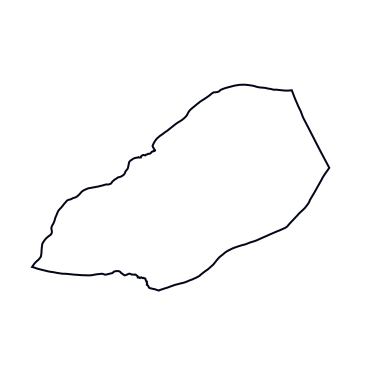 the district of Sangkum Thmei, Preah Vihéar, Cambodia, rotated 24°
{"feature_id": "14789045B6075848816012", "entity_name": "Sangkum Thmei", "entity_type": "district", "adm_level": 2, "iso_a3": "KHM", "parent_name": "Cambodia", "parent_adm1": "Preah Vihéar", "projection": "mercator", "projection_center": [104.719, 13.488], "detail": "fine", "context": "isolated", "style": "outline", "palette": "ink", "viewbox_px": 384, "rotation_deg": 24, "n_neighbors": 0, "source": "geoboundaries", "source_scale": "gbopen_adm2", "svg_char_len": 6014}
<svg xmlns="http://www.w3.org/2000/svg" viewBox="0 0 384 384"><g transform="rotate(24 192 192)"><path d="M201.8,295.5L202.4,294.7L204.2,293.1L206.4,291.1L208.4,289.4L210.2,287.6L214.4,283.6L216.4,282.1L218.7,280.2L220.5,278.9L222.2,277.5L223.3,276.3L224.4,275.3L225.4,274.1L227.6,272.0L228.9,270.5L230.4,268.9L231.5,267.5L232.9,265.7L233.5,264.2L234.6,262.1L235.6,260.2L237.0,257.8L238.2,255.8L239.2,253.5L240.1,251.5L241.0,249.6L242.2,244.8L242.8,242.7L243.6,240.3L245.7,236.3L246.7,234.1L248.0,232.0L249.3,230.3L252.3,226.7L254.5,224.6L256.2,223.0L257.8,221.6L259.6,220.0L261.6,218.5L263.0,217.2L264.3,215.8L266.7,213.5L268.4,212.1L270.4,210.2L272.4,208.0L275.9,204.1L278.3,201.5L280.3,199.2L282.0,197.4L283.9,195.3L285.5,193.6L286.2,192.8L286.9,192.2L288.9,190.0L291.6,187.0L292.3,185.9L292.9,185.0L293.2,184.2L293.5,183.1L294.0,181.4L294.6,179.6L295.3,177.6L296.2,175.0L297.8,170.5L298.4,168.5L299.3,166.2L300.1,164.5L300.8,162.8L301.7,160.5L302.1,158.8L302.6,156.8L303.0,154.7L303.1,153.1L303.0,151.2L303.3,148.6L303.7,145.5L304.0,142.7L304.3,139.8L304.5,137.2L304.8,134.3L305.0,132.1L305.4,127.8L305.5,125.4L305.9,122.8L306.3,120.4L307.2,116.2L307.6,114.1L292.5,102.3L267.5,82.2L263.3,78.9L260.8,76.4L258.8,74.3L257.0,72.8L254.4,70.6L251.6,68.0L248.4,65.1L246.2,62.9L241.8,58.5L241.2,58.8L239.1,60.0L236.3,61.3L233.4,62.3L227.5,64.2L226.2,64.8L224.7,65.4L222.3,65.8L220.1,66.4L216.3,67.2L214.5,67.8L213.1,68.3L211.7,68.8L209.8,69.3L207.8,69.7L205.7,69.9L203.5,70.4L201.3,71.0L197.7,72.1L196.2,72.7L192.1,74.6L190.1,75.9L187.9,77.3L185.5,79.2L180.4,83.3L178.3,85.3L176.7,87.0L176.2,88.0L175.7,89.2L174.8,90.1L173.8,90.8L173.0,91.3L172.1,91.7L171.3,92.2L170.7,92.9L169.9,94.2L169.2,95.6L168.3,97.4L166.3,100.7L165.4,102.1L164.1,104.0L162.7,106.2L162.1,107.4L161.0,109.4L159.9,111.7L157.8,115.8L157.0,117.6L156.4,119.7L156.2,122.2L156.1,124.3L155.2,126.8L154.4,128.7L153.4,130.5L152.3,132.2L151.2,133.7L150.3,135.1L149.2,137.0L146.8,141.6L146.0,143.2L144.2,146.6L143.1,148.3L141.2,151.7L139.9,153.8L139.0,155.7L138.2,157.4L137.8,159.0L137.4,160.8L137.2,162.9L137.2,164.4L137.2,165.5L137.2,165.9L137.6,166.3L137.8,166.6L138.5,167.2L139.5,167.8L139.8,168.1L140.2,168.3L140.7,168.6L141.3,168.9L141.3,169.3L141.2,169.6L140.9,169.9L140.6,170.2L140.1,170.2L139.8,170.5L139.7,171.0L139.2,171.4L138.9,171.7L138.6,172.5L138.5,172.9L138.5,173.3L138.2,173.8L137.7,174.3L136.7,174.9L136.3,175.0L135.8,175.8L135.4,176.2L135.2,176.4L134.8,176.7L134.4,177.6L133.1,177.8L132.7,177.9L132.2,178.2L131.8,178.7L131.5,179.1L131.3,179.4L131.1,179.8L131.0,180.4L131.1,180.8L131.2,181.2L130.7,181.4L130.3,181.7L129.9,181.9L129.6,182.1L128.9,182.0L128.1,182.8L127.3,183.3L126.8,183.6L126.4,183.9L126.1,184.1L125.4,184.8L124.5,185.9L124.2,186.5L123.8,187.1L123.1,188.2L122.9,188.7L122.6,189.5L122.5,190.0L122.5,190.8L122.7,191.6L122.9,192.3L123.6,195.6L123.7,196.3L123.7,197.0L123.6,197.7L123.0,199.6L122.9,200.3L123.0,201.9L122.9,202.9L122.7,203.8L121.6,205.8L121.1,206.5L120.4,207.2L118.6,208.7L118.2,209.1L117.9,209.8L117.5,210.5L116.9,211.3L116.3,212.1L115.9,213.0L115.2,214.5L114.9,215.3L114.8,216.2L114.6,217.0L114.3,217.6L113.6,218.3L112.9,218.9L112.2,219.3L110.6,220.0L109.9,220.5L108.7,221.4L107.8,222.3L106.7,223.1L105.9,223.7L104.9,224.5L103.9,225.3L102.5,226.2L101.4,227.0L100.0,227.9L99.1,228.6L97.7,229.5L96.5,230.3L95.7,230.9L94.9,231.7L94.2,232.5L93.6,233.1L92.8,234.0L91.4,236.0L91.2,236.6L91.0,237.0L90.5,238.6L90.2,239.7L89.9,240.5L89.5,241.2L89.2,242.1L88.9,242.6L88.0,244.0L87.4,244.6L86.9,245.0L85.8,246.0L84.1,248.1L83.4,248.6L82.8,249.0L82.3,249.6L81.8,250.0L81.4,250.6L81.1,251.3L80.8,252.5L80.5,253.4L80.2,254.3L79.9,255.3L79.4,257.4L79.1,258.5L78.8,259.6L78.4,260.6L78.1,261.5L77.7,262.8L77.5,264.0L77.5,264.8L77.5,265.9L77.5,266.7L77.6,268.0L77.6,269.2L77.6,270.5L77.7,271.8L78.1,274.4L78.2,275.7L78.1,276.9L78.1,278.2L78.0,278.7L77.9,279.3L77.9,280.6L78.1,281.3L78.1,281.9L78.3,282.4L78.6,282.9L78.9,283.4L79.3,283.8L79.7,284.5L80.0,285.0L80.3,285.6L80.5,286.5L80.5,287.3L80.5,288.0L79.7,289.6L79.0,290.7L77.6,293.6L77.1,295.3L76.6,297.8L76.4,299.0L76.4,299.6L76.5,301.0L77.4,303.9L78.1,305.9L78.7,307.5L79.4,309.3L79.8,310.8L80.2,312.4L80.1,313.3L79.6,315.4L79.1,316.7L78.7,317.5L78.3,318.4L77.8,319.5L77.6,320.2L77.1,321.8L76.9,322.7L76.5,325.1L76.4,325.5L77.0,325.4L77.8,325.3L78.2,325.3L78.6,325.2L79.1,325.1L79.6,325.1L80.4,325.1L81.1,325.0L81.6,325.0L89.6,323.6L92.9,323.0L95.8,322.3L98.0,321.6L100.8,321.0L104.2,320.1L107.0,319.3L110.1,318.0L115.5,316.2L117.7,315.5L121.0,314.3L125.4,312.7L128.3,311.5L129.8,310.9L131.5,310.2L133.3,309.3L133.8,309.1L138.0,306.2L140.2,304.9L141.9,303.9L142.6,303.6L142.8,303.4L143.6,303.1L143.9,303.1L144.9,303.0L146.0,302.9L146.6,302.7L146.9,302.5L149.0,301.0L149.9,300.2L151.5,299.0L152.1,298.6L152.5,297.9L152.6,297.5L152.9,297.0L153.1,296.6L153.2,296.3L153.6,296.1L154.4,295.4L155.0,295.1L155.5,294.8L156.0,294.6L157.3,294.1L157.9,294.1L158.6,294.1L159.1,294.2L159.4,294.4L160.1,294.8L160.4,294.8L160.8,294.9L161.2,294.9L162.3,295.2L162.9,295.3L164.0,295.5L164.3,295.6L164.6,295.4L164.9,295.2L165.2,294.9L165.6,294.5L166.1,294.0L166.6,293.5L167.2,292.7L167.6,292.4L167.9,292.2L168.3,292.0L168.7,291.9L169.6,291.9L170.0,291.9L170.4,292.0L170.7,291.9L171.2,291.6L171.6,291.4L172.4,291.2L172.8,291.1L173.2,290.8L173.6,290.5L174.1,290.4L174.6,290.5L174.9,290.7L175.3,290.9L175.6,291.0L176.1,290.9L176.6,291.1L176.8,291.3L177.0,291.6L177.3,292.2L177.6,292.1L177.9,291.8L178.3,291.5L178.7,291.7L179.2,291.8L179.5,291.8L179.8,291.2L180.0,290.8L180.3,290.6L180.7,290.7L182.0,290.7L182.3,290.5L182.7,290.1L183.0,290.1L183.4,290.3L183.8,290.3L184.2,290.1L184.6,290.1L185.0,290.6L185.4,291.1L185.8,291.4L186.1,291.6L186.5,292.1L187.2,292.1L187.4,292.3L187.4,292.7L187.4,293.1L187.7,293.3L188.4,294.1L188.3,294.4L188.3,294.7L188.5,295.1L188.8,295.0L189.3,295.3L189.6,295.4L190.0,295.5L190.4,295.8L190.8,296.1L191.5,296.8L191.9,296.8L192.3,297.0L192.7,296.9L196.2,296.3L197.2,296.0L198.1,295.9L199.4,295.8L201.8,295.5Z" fill="none" stroke="#020617" stroke-width="2"/></g></svg>